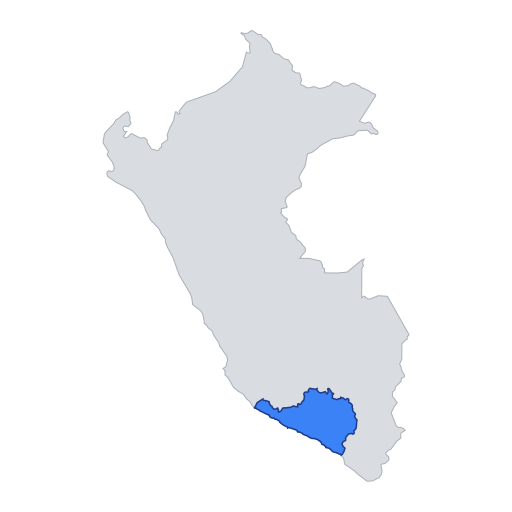 location of Arequipa within Peru
{"feature_id": "PER-570", "entity_name": "Arequipa", "entity_type": "Department", "adm_level": 1, "iso_a3": "PER", "parent_name": "Peru", "parent_adm1": "", "projection": "mercator", "projection_center": [-72.544, -15.989], "detail": "fine", "context": "in_parent", "style": "filled", "palette": "blue", "viewbox_px": 512, "rotation_deg": 0, "n_neighbors": 0, "source": "natural_earth", "source_scale": "10m", "svg_char_len": 9383}
<svg xmlns="http://www.w3.org/2000/svg" viewBox="0 0 512 512"><path d="M378.0,132.3L377.9,133.9L375.9,134.6L374.1,133.5L371.4,133.9L367.4,130.2L357.9,130.8L353.7,135.1L347.3,136.0L340.4,137.9L332.6,138.8L320.3,145.6L317.5,148.4L311.9,152.4L307.4,153.8L305.1,166.2L300.7,173.5L298.9,177.5L301.4,183.5L301.3,186.5L298.8,188.8L296.8,189.1L292.6,191.7L286.3,197.2L285.2,201.4L287.2,207.0L286.5,207.6L281.3,208.7L281.5,211.8L280.4,213.0L284.8,217.5L287.2,218.6L287.4,219.7L286.9,220.8L286.0,221.3L285.9,222.3L289.0,225.6L291.4,232.3L295.9,235.6L296.0,237.7L297.3,239.9L299.7,241.5L305.3,248.2L305.4,251.3L299.6,258.4L309.1,258.4L319.7,260.8L321.1,262.0L322.4,265.2L322.5,267.3L324.7,269.0L324.4,272.9L338.3,273.0L347.3,272.0L361.8,260.0L364.1,259.0L362.9,261.6L362.7,263.5L363.5,265.6L361.8,268.5L361.7,297.7L364.3,296.1L367.7,298.9L370.2,299.0L378.2,295.7L387.4,296.3L409.0,334.6L407.1,337.2L407.2,339.2L404.6,340.8L401.9,343.9L401.8,359.3L399.6,363.9L400.8,366.3L402.0,371.2L404.0,374.1L404.5,376.0L404.3,376.8L401.3,378.4L401.1,381.2L395.7,386.7L394.7,390.4L392.7,391.7L392.3,395.9L397.2,402.7L394.1,406.8L391.2,412.9L396.1,425.6L398.2,427.5L400.3,427.4L403.5,428.5L405.2,430.4L401.3,432.8L400.6,433.9L400.9,438.1L396.6,441.3L390.8,449.4L389.2,449.8L386.3,452.2L385.8,453.4L386.3,454.6L388.8,457.0L389.0,459.9L384.8,463.6L381.9,464.0L380.8,465.0L382.0,469.9L382.0,472.2L381.1,474.9L379.0,477.7L372.8,480.8L367.1,481.3L357.4,473.8L354.4,470.8L344.9,464.4L343.4,457.8L340.2,454.6L334.3,452.1L329.6,448.7L326.1,447.2L317.5,439.7L309.6,437.4L295.0,429.6L287.0,427.0L276.9,419.7L271.4,417.7L267.0,414.3L253.7,407.1L251.7,404.8L249.6,401.2L246.7,399.1L243.4,394.3L238.4,391.4L233.7,387.6L227.8,377.4L225.1,375.1L224.9,370.5L223.0,368.4L225.8,366.9L227.6,359.7L226.7,356.1L219.9,346.5L218.6,342.5L213.7,335.2L211.9,330.8L208.0,327.6L206.4,324.8L204.2,323.6L204.1,320.2L202.6,313.8L200.4,310.6L192.6,304.5L191.8,298.0L190.1,293.4L179.2,275.0L172.9,257.4L167.6,247.6L165.4,242.0L165.3,238.9L161.3,233.8L159.2,229.0L150.4,219.8L145.3,209.7L144.6,206.7L141.1,201.1L135.4,193.8L132.6,190.9L115.7,182.0L107.7,176.5L106.8,173.7L107.1,172.1L108.9,170.6L111.3,171.7L112.8,171.2L114.0,169.3L114.0,166.2L112.5,162.4L107.1,154.9L108.5,151.5L103.0,142.8L104.3,134.4L105.5,132.2L113.7,123.7L116.0,120.0L119.5,117.8L123.1,114.3L127.5,111.7L128.7,112.6L130.0,117.2L129.8,120.2L131.0,123.6L128.0,126.7L124.7,126.0L123.5,126.8L123.0,128.2L123.5,130.6L124.3,131.5L126.8,131.6L123.5,136.1L123.7,137.0L126.0,137.8L128.2,136.7L130.5,134.1L131.9,133.7L140.2,138.1L144.1,137.6L147.0,139.6L147.4,142.8L151.5,149.1L157.7,150.6L158.7,150.1L160.1,147.7L161.5,147.4L161.7,143.9L167.1,140.2L167.9,137.7L167.1,135.9L167.3,134.5L170.4,126.2L171.4,125.4L172.3,122.7L173.5,121.1L175.3,111.9L176.8,112.0L178.2,114.2L179.9,113.6L179.0,111.5L179.3,110.8L185.2,103.5L187.1,101.9L215.6,91.7L229.9,81.3L242.5,66.8L246.4,52.1L247.8,53.1L250.2,52.7L249.4,46.8L250.0,44.0L249.9,43.1L246.0,39.6L244.4,35.7L241.0,33.5L241.1,32.7L244.8,33.5L248.0,33.1L250.8,30.7L252.9,30.9L257.6,34.3L261.1,34.6L262.2,36.9L265.5,38.7L270.3,43.8L272.5,49.3L272.4,50.3L274.5,53.2L279.1,54.6L283.8,58.7L288.6,59.9L290.7,63.6L292.0,64.8L292.7,66.9L291.9,69.4L292.6,70.7L296.2,72.9L299.2,73.0L299.9,74.0L301.6,80.1L300.5,83.1L300.9,84.8L304.9,86.3L306.1,87.6L309.2,87.9L313.7,86.6L319.3,88.5L323.6,87.8L325.5,87.3L327.5,86.0L329.2,86.0L333.6,82.1L334.8,81.8L339.5,83.5L343.4,86.2L348.3,85.7L350.3,84.0L353.8,83.1L360.2,86.4L361.5,87.9L363.3,88.2L370.1,91.5L371.3,92.8L374.9,94.0L375.7,95.1L375.4,96.3L359.4,121.3L364.4,123.3L369.0,122.0L371.4,123.7L373.2,127.8L376.8,130.5L378.0,132.3Z" fill="#d9dde1" stroke="#a8b0b8" stroke-width="1"/><path d="M341.2,455.2L341.0,454.6L340.6,454.3L340.2,454.2L339.3,454.0L338.7,453.8L338.5,453.7L338.0,453.3L337.6,453.0L333.5,452.0L332.6,451.5L331.8,450.9L330.7,449.5L330.1,449.0L328.8,448.2L328.2,448.0L327.7,447.8L326.2,447.7L325.8,447.4L325.9,446.8L325.8,446.6L325.5,446.2L324.5,445.7L324.3,445.4L324.1,445.0L323.5,444.7L322.3,444.5L321.7,444.1L321.6,443.7L321.6,443.2L321.4,442.7L320.1,441.1L319.5,440.7L319.2,440.6L318.8,440.6L318.6,440.4L318.4,440.0L318.2,439.9L317.9,439.8L317.3,439.4L317.0,439.3L316.0,439.1L314.6,438.5L312.1,438.5L309.9,437.7L307.3,435.9L303.2,434.4L302.4,433.5L301.3,432.9L300.4,432.3L300.0,432.1L299.0,432.2L298.6,432.0L298.2,431.8L297.9,431.7L297.5,431.9L297.3,431.5L297.0,430.5L296.8,430.2L296.5,430.1L295.8,429.9L294.5,429.3L293.0,428.9L290.2,427.9L288.3,427.6L287.7,428.0L287.7,427.4L287.3,427.1L287.0,426.8L286.9,426.7L286.0,426.4L284.3,425.6L283.5,425.1L282.0,424.1L280.4,422.8L279.7,422.2L279.7,421.9L279.8,421.6L279.6,421.2L279.3,420.9L278.6,420.5L276.5,419.4L276.2,419.3L275.1,419.2L274.7,418.9L274.4,418.5L274.3,418.3L274.0,418.1L273.4,417.9L272.5,418.1L271.7,417.8L270.8,417.5L269.8,416.8L269.7,416.7L269.6,416.2L269.5,415.9L269.4,415.7L269.4,415.4L269.3,415.0L268.6,414.8L267.4,414.4L264.0,412.9L262.3,411.9L260.0,411.0L259.4,410.3L256.8,408.9L256.1,408.3L255.8,408.2L255.4,408.3L255.1,408.3L254.7,408.1L254.4,407.8L255.8,405.6L256.0,405.2L256.1,404.7L256.3,404.3L257.2,402.7L257.8,402.2L262.9,399.0L262.9,399.3L263.0,399.5L263.2,400.0L263.5,400.1L264.1,400.4L266.0,400.7L267.8,401.3L268.7,401.5L268.9,401.5L269.1,401.7L269.2,401.9L269.1,402.1L269.0,402.4L269.1,402.8L269.3,403.3L269.9,404.1L270.1,404.6L270.3,405.0L270.3,405.3L270.5,405.6L270.7,405.8L271.7,406.1L272.1,406.5L272.2,407.0L272.3,407.5L273.3,408.6L273.5,408.7L273.7,408.8L273.9,409.0L274.5,409.1L274.9,409.2L275.2,409.2L275.5,409.1L276.1,408.9L276.7,408.5L277.3,408.1L277.5,408.0L277.9,408.2L278.0,408.5L278.0,409.2L278.1,409.3L278.2,409.5L278.4,409.7L278.5,409.9L278.5,410.1L278.3,411.2L278.3,411.5L278.4,411.9L278.7,412.0L279.1,412.0L280.9,411.0L281.2,410.8L281.4,410.6L281.7,409.8L282.6,408.3L282.8,408.1L283.1,408.0L283.5,407.9L286.1,407.9L288.6,407.5L289.7,407.5L290.8,407.2L293.6,405.9L294.3,406.2L294.5,406.3L295.0,406.5L296.8,406.7L297.8,406.7L297.8,406.4L297.7,406.0L297.6,404.9L297.7,404.2L297.8,404.0L298.1,403.9L298.3,403.8L298.9,403.9L299.4,404.0L300.1,404.3L300.3,404.3L300.5,404.3L300.7,404.1L300.9,404.0L301.1,403.6L301.9,402.0L302.1,401.8L303.5,400.4L303.8,400.0L304.1,399.0L304.2,397.8L304.3,396.8L304.5,396.4L304.5,396.1L304.5,395.8L304.3,395.5L304.0,395.0L303.8,394.5L304.0,393.4L304.1,393.1L304.4,392.7L304.5,392.6L304.7,392.4L304.9,392.3L305.4,392.1L305.7,392.0L306.0,392.0L307.1,392.1L307.4,392.1L307.7,392.1L308.2,391.9L308.4,391.8L308.6,391.7L308.4,390.9L308.3,390.1L308.9,389.2L309.6,388.6L310.0,388.3L310.4,388.3L310.9,388.4L311.1,388.5L311.3,388.7L311.7,388.8L312.1,388.9L312.8,388.8L313.3,388.8L313.6,388.9L313.9,389.1L314.1,389.2L314.6,389.2L315.1,389.2L317.1,388.6L317.0,389.1L316.9,389.5L316.9,389.8L317.0,390.0L318.6,392.1L319.2,392.5L320.7,392.9L322.3,392.5L323.0,392.4L323.6,392.3L324.1,392.0L324.7,391.8L325.0,391.7L325.3,391.8L325.5,391.9L325.7,392.1L325.8,392.3L326.1,393.1L326.2,393.3L326.3,393.5L326.5,393.7L326.7,393.8L326.9,393.9L327.2,393.8L327.8,392.8L327.8,392.6L327.9,392.4L327.9,392.1L328.2,391.6L328.3,391.3L328.3,390.8L328.2,390.6L328.2,390.3L328.1,390.1L327.8,389.7L327.7,389.5L327.7,389.2L327.8,389.0L327.9,388.7L328.1,388.6L328.3,388.5L328.6,388.5L328.8,388.6L329.1,388.7L329.6,389.3L330.7,391.0L331.2,391.6L331.5,392.4L331.6,392.6L331.8,392.8L332.0,393.0L332.3,393.2L332.8,393.3L333.2,393.4L333.4,393.4L333.5,393.6L333.5,393.8L333.4,394.1L333.3,394.3L333.1,394.4L332.6,394.6L332.4,394.8L332.3,395.0L332.3,395.3L332.5,396.6L332.5,396.8L332.5,397.0L332.4,397.2L332.2,397.6L332.2,397.9L332.5,398.2L333.1,398.5L336.1,399.3L336.4,399.4L336.7,399.6L336.9,399.6L337.1,399.6L337.8,399.1L338.1,398.9L338.4,398.8L338.9,398.7L339.2,398.7L339.8,398.8L340.1,398.8L340.4,398.7L340.6,398.6L340.8,398.4L340.8,398.2L340.7,397.8L340.6,397.5L340.6,397.3L340.8,397.2L341.1,397.3L341.9,397.9L342.3,398.0L342.8,397.9L343.1,398.0L343.5,398.2L344.9,399.5L345.2,399.6L345.5,399.7L345.8,399.7L346.0,399.6L346.7,398.9L346.9,398.7L347.1,398.6L347.3,398.6L347.6,398.6L347.8,398.6L348.0,398.7L348.2,398.9L348.4,399.1L348.6,399.3L348.8,399.8L348.9,400.1L348.8,400.4L348.7,401.0L348.7,402.0L348.9,402.5L349.3,402.6L349.9,402.9L350.3,403.1L351.0,403.6L351.4,404.0L351.9,404.8L352.3,405.2L352.4,406.0L352.2,407.6L352.3,408.0L352.4,408.3L352.6,408.5L352.8,408.9L352.8,409.1L352.8,409.3L352.7,409.6L352.6,410.4L352.7,410.8L352.8,411.0L353.6,412.0L353.9,412.3L354.9,413.2L355.1,413.4L355.3,413.8L355.4,414.2L355.4,414.5L354.6,415.8L354.6,416.0L354.5,416.5L354.6,416.8L354.8,416.9L355.0,417.2L355.2,417.5L355.6,418.4L355.8,418.8L356.8,419.6L357.0,420.2L356.9,420.8L356.7,421.6L356.3,427.1L356.0,428.5L355.4,429.3L354.4,430.3L354.2,430.6L354.0,430.9L353.9,431.2L353.9,431.4L353.9,431.6L354.1,432.5L354.2,432.8L354.1,433.3L354.0,433.5L353.8,433.7L353.0,434.1L352.8,434.1L352.6,434.1L352.4,434.0L352.1,433.6L351.9,433.5L351.7,433.4L351.4,433.5L350.9,433.6L350.6,433.7L349.8,433.7L349.6,433.7L348.3,434.3L348.1,434.4L347.7,434.9L346.5,436.6L345.8,437.4L345.6,437.6L345.5,437.9L345.7,439.1L345.8,439.4L345.7,440.1L345.6,440.4L345.5,440.6L345.2,440.8L344.4,441.0L343.9,441.3L342.7,442.4L342.4,442.7L342.2,443.2L342.1,443.5L342.2,444.3L342.4,444.8L342.8,445.8L343.1,446.6L344.6,447.7L344.8,448.0L345.0,448.3L344.9,448.5L344.7,448.9L344.1,451.1L344.0,451.4L343.9,451.6L343.3,452.4L343.0,452.9L342.8,453.7L342.5,454.1L342.1,454.5L341.2,455.2L341.2,455.2Z" fill="#3b82f6" stroke="#1e3a8a" stroke-width="1.5"/></svg>